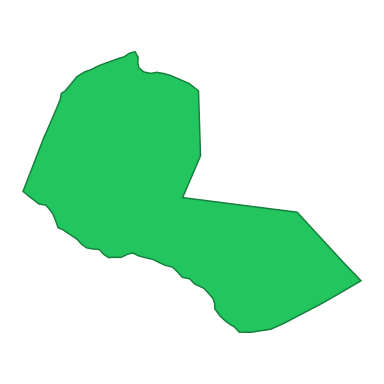 outline of Anguera, Bahia, Brazil
{"feature_id": "56859067B25095444078591", "entity_name": "Anguera", "entity_type": "district", "adm_level": 2, "iso_a3": "BRA", "parent_name": "Brazil", "parent_adm1": "Bahia", "projection": "mercator", "projection_center": [-39.208, -12.178], "detail": "fine", "context": "isolated", "style": "filled", "palette": "green", "viewbox_px": 384, "rotation_deg": 0, "n_neighbors": 0, "source": "geoboundaries", "source_scale": "gbopen_adm2", "svg_char_len": 1098}
<svg xmlns="http://www.w3.org/2000/svg" viewBox="0 0 384 384"><path d="M23.0,191.4L31.0,197.9L39.2,204.1L45.8,205.1L49.6,209.4L52.9,214.0L55.5,220.3L58.2,227.8L62.9,229.7L67.3,232.8L72.1,235.9L77.4,239.6L81.8,244.4L86.7,247.9L93.1,249.0L99.3,249.5L103.8,254.4L108.6,257.6L113.4,257.3L121.1,257.4L128.0,254.0L133.0,253.1L138.7,255.9L145.1,257.6L152.9,259.4L158.9,262.4L165.4,265.4L172.3,267.0L176.2,270.6L182.4,277.4L189.7,278.8L194.8,284.1L199.2,286.1L204.0,288.4L208.8,293.6L213.0,298.6L214.7,303.6L214.8,308.8L220.0,315.9L225.2,320.8L230.1,324.5L234.4,326.9L239.2,332.1L250.7,332.3L270.9,329.2L284.2,323.2L324.0,302.3L361.0,280.8L352.0,271.4L344.9,264.1L297.1,212.2L223.9,202.9L182.6,197.6L187.4,186.4L200.5,155.9L198.5,90.9L194.1,87.4L189.0,83.4L184.3,81.4L178.2,78.8L170.3,75.4L164.2,73.6L156.6,72.3L150.6,73.4L143.8,71.9L138.9,67.8L137.7,62.9L138.2,57.6L135.1,51.7L129.5,53.2L124.1,56.8L119.3,58.2L101.4,64.7L95.5,67.3L91.2,69.6L84.6,71.9L76.9,76.7L70.0,85.1L65.2,90.9L61.3,93.4L60.3,99.2L57.0,107.4L46.5,131.8L44.0,137.2L23.0,191.4Z" fill="#22c55e" stroke="#15803d" stroke-width="1.5"/></svg>